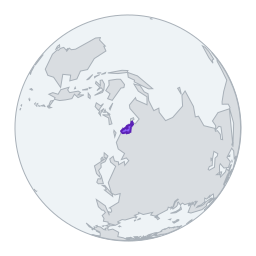 the Earth from above Guangdong, rotated 165°
{"feature_id": "CHN-1180", "entity_name": "Guangdong", "entity_type": "Province", "adm_level": 1, "iso_a3": "CHN", "parent_name": "China", "parent_adm1": "", "projection": "orthographic", "projection_center": [112.97, 22.878], "detail": "fine", "context": "on_globe", "style": "filled", "palette": "violet", "viewbox_px": 256, "rotation_deg": 165, "n_neighbors": 0, "source": "natural_earth", "source_scale": "10m", "svg_char_len": 14966}
<svg xmlns="http://www.w3.org/2000/svg" viewBox="0 0 256 256"><g transform="rotate(165 128 128)"><circle cx="128" cy="128" r="113" fill="#eef3f6" stroke="#a8b0b8"/><path d="M227.7,173.1L227.5,173.8L227.4,174.0L227.7,173.1ZM189.4,33.6L189.9,33.9L182.8,30.9L182.0,33.7L185.5,36.8L181.8,34.6L191.0,42.6L193.0,47.1L188.4,40.7L186.2,39.1L186.3,41.3L184.1,40.2L182.9,40.8L180.1,39.4L177.7,36.2L175.9,35.3L176.1,37.0L173.5,36.9L173.5,34.5L168.9,34.3L164.0,29.6L166.0,25.7L160.9,23.1L156.9,19.7L155.0,19.3L152.2,18.3L149.0,17.6L146.4,17.2L146.9,17.4L145.8,17.5L143.9,17.2L143.8,16.9L144.7,16.9L143.7,16.7L144.5,16.7L143.1,16.6L143.2,16.4L140.3,16.3L138.0,15.9L138.9,15.9L142.4,16.3L143.9,16.5L151.9,17.9L159.9,20.0L167.6,22.6L175.2,25.7L182.4,29.4L189.4,33.6ZM234.5,93.4L233.6,91.2L234.1,91.7L234.5,93.4ZM233.1,90.5L233.5,91.1L233.2,90.7L233.1,90.5ZM233.0,90.6L233.1,90.9L233.0,90.6ZM232.9,91.1L232.9,90.7L233.0,90.8L232.9,91.1ZM232.4,91.0L232.2,90.4L232.4,91.0ZM190.9,34.6L190.5,34.3L189.7,33.8L190.9,34.6ZM188.8,33.8L187.7,33.0L190.2,34.3L188.8,33.8ZM188.5,39.5L188.2,38.4L189.3,39.9L188.5,39.5ZM183.2,41.1L184.0,41.9L183.0,41.9L183.2,41.1ZM178.0,39.9L176.1,39.8L177.6,39.3L178.0,39.9ZM174.8,39.4L170.4,39.7L171.9,41.2L165.2,37.3L171.2,38.2L172.7,37.2L173.1,38.5L174.8,39.4ZM147.8,17.7L147.2,17.3L149.4,17.9L147.8,17.7ZM149.5,18.1L157.8,20.3L157.7,20.9L154.9,19.9L156.2,21.1L152.1,20.2L150.5,19.4L151.3,19.1L149.1,19.0L149.5,18.1ZM162.3,35.2L160.8,34.9L161.9,34.7L162.3,35.2ZM145.6,17.5L147.2,17.8L147.3,18.3L143.9,17.8L145.0,17.8L145.6,17.5ZM158.6,21.9L158.0,22.3L154.5,21.7L153.8,21.8L152.0,20.3L158.6,21.9ZM144.0,17.6L142.2,17.6L140.5,17.1L143.9,17.3L144.0,17.6ZM148.7,18.7L148.6,19.0L147.6,18.6L148.7,18.7ZM133.3,16.1L135.3,16.2L135.5,16.5L133.3,16.1ZM141.6,17.6L142.2,17.7L142.6,17.9L141.0,17.9L141.6,17.6ZM149.7,20.0L148.3,19.7L150.2,20.6L147.7,20.3L146.9,19.4L146.2,19.7L145.4,19.6L145.6,19.0L149.7,20.0ZM140.4,18.4L138.6,17.4L134.8,16.9L134.5,16.7L140.6,17.5L140.4,18.4ZM143.5,18.7L141.5,18.4L142.2,18.1L143.9,18.2L143.5,18.7ZM146.2,20.5L150.3,21.1L150.4,21.4L146.2,20.5ZM139.2,18.3L139.7,18.5L138.8,18.2L139.2,18.3ZM143.9,19.8L145.4,20.0L143.9,19.8ZM139.4,19.0L138.8,18.6L140.0,18.6L139.4,19.0ZM141.4,19.4L141.0,19.7L140.7,18.8L142.0,19.4L141.4,19.4ZM143.7,20.0L144.1,20.2L143.1,19.9L143.7,20.0ZM135.3,19.4L134.7,18.3L137.3,18.2L137.5,19.2L135.3,19.4ZM42.1,55.1L40.9,56.9L39.8,58.5L36.6,62.3L30.9,73.1L33.4,70.8L31.8,78.6L33.1,81.6L40.0,74.1L37.9,68.9L41.2,63.9L45.7,64.5L48.1,69.6L49.4,67.9L51.0,61.6L54.6,60.0L51.8,59.3L50.7,61.6L48.9,61.4L49.9,59.3L51.1,58.7L51.3,56.7L45.3,60.4L43.5,63.2L42.0,60.7L38.8,65.2L37.4,66.1L42.2,58.9L44.1,57.0L50.5,48.5L48.4,50.1L42.2,58.4L42.8,57.1L39.9,60.0L42.5,56.8L49.9,47.8L50.6,46.3L49.1,47.6L54.6,42.6L56.6,40.9L62.1,36.7L60.3,38.1L62.0,36.9L60.9,38.0L63.8,36.8L63.3,37.9L68.8,34.9L69.3,35.2L65.9,36.8L63.3,38.7L62.6,42.1L63.7,42.0L67.4,40.0L66.7,41.4L70.3,39.0L72.1,40.4L72.9,36.9L77.2,34.9L80.6,34.6L82.2,33.5L76.6,33.9L74.3,34.8L72.0,36.5L65.7,38.8L65.0,38.3L72.2,33.8L72.0,32.6L77.7,30.0L89.2,29.6L91.8,31.0L87.0,37.4L83.8,37.9L84.0,35.8L79.8,39.5L82.1,38.4L81.6,39.7L85.5,38.6L85.3,39.5L89.4,37.0L89.7,38.0L87.1,39.6L93.1,39.3L94.7,41.3L96.2,40.9L97.2,39.8L98.6,43.4L99.6,42.9L99.5,41.5L101.5,39.7L105.6,38.1L105.8,39.4L104.4,40.2L101.7,44.0L97.9,46.1L98.4,46.5L101.8,45.0L105.0,40.3L107.4,39.0L106.3,41.1L106.9,40.2L108.1,40.0L109.6,41.1L111.0,38.8L124.4,35.8L128.6,38.1L126.1,40.1L135.7,40.5L139.7,43.7L139.6,42.3L144.2,42.0L143.0,40.9L143.3,40.3L154.6,39.9L157.4,41.1L162.2,40.1L162.2,39.5L160.3,38.4L165.2,37.3L171.9,41.2L171.6,42.3L175.9,44.3L174.6,46.8L175.6,50.1L171.7,52.2L172.8,54.9L174.4,55.4L177.0,59.6L177.1,67.2L170.1,58.8L168.6,48.5L168.6,52.3L166.5,50.9L165.2,52.0L165.4,54.9L166.7,55.6L156.3,58.7L152.5,66.7L157.9,66.7L160.8,69.5L161.2,80.3L149.8,94.2L153.6,99.5L153.6,102.8L149.7,104.5L149.6,99.7L146.0,97.7L146.6,94.9L140.3,96.6L140.8,92.7L135.7,96.2L137.3,99.5L142.6,99.2L137.9,104.3L142.9,110.3L143.0,117.1L133.3,128.1L124.0,130.9L123.3,132.9L119.9,130.2L114.9,133.8L121.1,146.4L120.7,149.8L112.9,155.4L112.8,152.9L103.6,145.5L101.6,153.3L108.5,160.9L110.9,168.9L105.4,165.9L103.0,158.7L99.8,155.9L100.9,149.0L98.6,138.1L93.1,139.2L93.8,135.0L89.8,125.4L82.1,126.6L69.6,135.0L67.5,145.4L63.3,149.0L59.2,131.9L60.1,121.3L56.9,121.2L54.1,110.6L44.3,105.2L44.4,102.2L42.3,102.3L40.5,98.0L41.3,93.2L39.6,92.2L37.9,105.0L39.9,106.2L43.8,103.5L42.7,107.6L44.6,112.9L37.1,119.6L25.1,120.3L26.5,112.2L30.7,87.0L32.0,85.0L32.1,84.8L32.3,84.3L30.0,87.2L31.6,82.6L26.6,98.9L24.7,105.3L24.8,120.6L24.2,121.4L25.0,125.1L30.9,126.6L30.3,129.1L26.0,138.7L20.2,148.7L22.5,160.3L24.6,169.2L24.3,171.6L27.6,179.1L27.7,179.3L24.2,171.8L21.3,164.1L18.9,156.1L17.2,148.0L16.0,139.8L15.4,131.6L15.5,123.3L16.1,115.0L17.4,106.8L19.2,98.8L21.7,90.9L24.7,83.1L28.3,75.7L32.4,68.5L37.0,61.6L42.1,55.1ZM47.9,80.0L51.1,83.2L54.2,76.6L55.7,77.4L56.2,75.0L54.4,76.1L56.4,70.0L59.4,69.7L61.3,67.3L60.4,66.2L54.6,67.7L51.7,76.3L49.0,77.8L47.9,80.0ZM70.0,31.5L72.1,30.2L72.5,30.1L70.7,31.3L68.9,32.2L69.5,31.7L70.0,31.5ZM68.4,32.8L75.4,28.9L75.3,29.4L74.2,29.7L73.4,30.4L71.4,31.2L64.5,35.8L62.5,37.0L64.7,34.8L65.1,34.7L66.9,33.5L68.4,32.8ZM93.4,21.1L96.5,20.2L92.3,22.2L90.0,22.9L90.4,22.1L93.5,21.0L93.4,21.1ZM134.2,15.5L135.6,15.6L134.4,15.6L134.2,15.5ZM132.5,15.4L132.3,15.4L132.6,15.5L135.9,15.8L141.9,16.6L141.5,16.9L139.6,16.9L138.1,16.8L138.9,16.6L136.3,16.5L136.2,16.2L134.3,16.1L128.0,15.4L129.3,15.4L124.5,15.4L132.5,15.4ZM117.5,15.9L118.1,15.8L117.2,16.1L119.6,15.8L119.9,15.9L117.9,16.1L121.1,16.0L120.8,16.2L123.9,16.7L128.7,16.7L129.9,17.1L127.9,17.2L130.5,17.5L127.5,17.9L128.3,18.2L126.2,19.2L121.7,19.5L123.0,19.8L121.4,20.7L117.7,21.2L119.2,20.3L114.1,21.6L113.9,20.6L113.4,20.9L111.8,20.4L109.0,20.4L109.5,19.9L108.1,20.1L107.1,19.9L105.5,20.1L105.7,19.5L103.7,19.7L105.0,19.3L101.5,19.9L104.2,19.2L103.2,19.1L101.1,19.8L106.6,17.4L117.5,15.9ZM134.6,19.6L129.3,19.8L126.7,19.5L131.6,18.0L131.3,17.7L134.3,17.1L138.1,17.6L136.9,17.7L136.5,18.0L135.5,17.7L136.1,18.1L134.5,18.3L134.5,18.7L132.8,18.6L134.6,19.6ZM40.8,57.7L40.4,58.5L40.3,59.3L38.4,61.3L40.8,57.7ZM45.8,51.5L45.7,51.8L43.0,54.6L43.5,53.9L45.8,51.5ZM47.9,49.7L45.9,51.6L47.3,50.1L47.9,49.7ZM66.1,37.0L66.3,37.4L65.4,37.9L64.2,38.4L66.1,37.0ZM102.4,25.9L103.7,25.2L104.3,25.2L108.2,24.2L108.6,25.0L106.4,25.9L102.4,25.9ZM38.4,74.6L36.7,75.4L37.1,74.1L37.6,74.1L38.4,74.6ZM36.5,67.9L35.9,70.5L36.1,68.4L36.5,67.9ZM103.5,26.6L105.1,26.1L104.3,26.8L103.5,26.6ZM109.1,25.6L108.6,26.4L109.1,25.0L109.1,25.6ZM76.2,226.7L78.6,228.0L77.3,227.5L76.2,226.7ZM31.6,174.8L34.8,188.0L32.7,186.1L30.1,181.0L27.4,172.4L29.0,171.9L29.2,168.6L31.6,174.8ZM139.6,188.2L143.1,188.7L142.9,189.1L139.6,188.2ZM136.0,186.5L139.9,186.7L135.3,187.4L136.0,186.5ZM141.5,186.9L145.5,186.0L147.2,185.3L146.9,186.3L141.5,186.9ZM133.3,186.4L118.9,185.3L113.2,183.5L114.5,181.9L123.7,183.2L133.3,186.4ZM114.0,181.8L105.4,175.9L94.0,159.6L98.1,160.5L110.1,171.0L109.3,172.5L114.6,177.0L114.0,181.8ZM135.1,174.4L134.2,178.9L126.2,178.0L122.6,177.0L120.1,170.9L121.5,168.1L124.5,168.4L136.1,158.8L140.1,161.6L136.5,165.7L139.8,169.9L135.1,174.4ZM67.8,146.6L69.8,153.5L67.6,153.9L67.8,146.6ZM141.0,151.7L136.2,156.1L140.6,150.2L141.0,151.7ZM143.6,146.1L143.9,148.4L142.0,146.1L143.6,146.1ZM123.1,136.2L120.0,136.5L120.0,134.8L124.0,133.5L123.1,136.2ZM143.1,122.8L142.8,127.8L142.1,129.4L140.8,126.4L143.1,122.8ZM109.1,34.6L103.2,35.0L99.2,36.2L97.4,38.2L97.4,35.7L103.6,33.8L109.1,34.6ZM122.5,35.4L124.1,34.0L125.1,34.7L124.9,35.2L122.5,35.4ZM122.2,34.5L121.0,32.5L123.0,31.8L123.6,33.4L122.2,34.5ZM112.0,29.0L110.2,29.0L110.9,28.3L112.0,29.0ZM201.0,213.0L201.7,212.8L198.4,215.6L194.2,218.8L190.8,220.9L201.0,213.0ZM172.6,226.1L173.0,223.9L177.2,222.9L175.0,225.2L172.6,226.1ZM203.9,210.5L206.8,207.5L208.5,204.7L207.5,206.9L209.1,205.8L202.5,212.2L203.9,210.5ZM158.2,217.7L136.1,223.3L131.3,222.5L132.7,220.3L128.7,213.0L130.2,213.2L129.4,208.1L142.6,203.8L152.0,194.9L159.2,195.3L164.7,188.6L172.0,188.6L169.7,193.9L177.1,196.7L182.6,184.6L186.7,196.3L191.8,199.6L192.7,206.2L181.9,218.8L176.1,221.8L175.2,221.0L172.7,222.4L169.2,222.5L167.6,219.3L165.2,220.6L167.7,217.7L164.1,220.4L162.5,218.3L158.2,217.7ZM210.3,189.5L211.2,189.5L212.6,190.9L211.0,191.1L210.3,189.5ZM225.2,176.9L225.5,177.5L224.5,178.3L225.2,176.9ZM227.4,174.0L226.3,175.0L227.7,173.1L227.4,174.0ZM215.9,181.0L216.3,181.6L215.9,182.0L215.9,181.0ZM215.5,180.9L216.2,179.5L216.0,180.7L215.5,180.9ZM211.2,175.9L211.8,175.0L212.0,175.5L211.2,175.9ZM148.2,188.8L153.0,185.4L155.6,185.1L148.2,188.8ZM210.3,174.7L208.8,175.0L209.0,174.3L210.3,174.7ZM210.5,173.1L210.3,172.2L211.2,174.2L210.5,173.1ZM207.5,171.7L209.4,173.0L207.3,172.0L207.5,171.7ZM206.4,172.2L205.0,171.8L205.1,171.4L206.4,172.2ZM190.6,176.2L195.7,181.1L191.5,181.6L186.8,178.7L183.0,182.4L174.5,182.6L176.4,180.4L175.3,177.3L166.5,176.5L164.7,174.5L167.8,172.9L162.0,171.4L168.4,170.3L171.0,174.5L174.6,170.9L180.9,171.3L186.9,172.2L191.7,174.8L190.6,176.2ZM168.4,179.7L169.5,179.7L168.5,181.0L168.4,179.7ZM202.4,169.9L204.4,171.6L204.1,172.2L203.2,172.0L202.4,169.9ZM192.8,173.9L198.0,169.7L199.2,169.6L195.8,174.1L192.8,173.9ZM196.8,167.6L199.2,167.7L200.4,169.5L199.9,170.1L196.8,167.6ZM155.3,176.1L155.0,177.3L153.3,176.4L155.3,176.1ZM157.4,175.4L162.5,176.6L157.0,176.4L157.4,175.4ZM142.1,171.0L143.6,173.9L148.3,172.2L144.7,174.7L147.9,179.4L146.8,181.2L143.7,176.1L142.6,181.2L140.5,181.1L139.4,176.6L141.4,171.2L143.5,169.0L151.9,168.2L142.1,171.0ZM157.4,171.9L156.1,168.6L157.1,166.3L158.5,168.1L157.4,171.9ZM152.1,160.5L148.6,156.5L145.4,157.9L151.9,152.6L154.2,157.2L152.1,160.5ZM149.2,151.8L146.2,153.1L149.3,149.9L149.2,151.8ZM145.4,151.7L145.1,148.9L147.4,149.4L145.4,151.7ZM150.7,151.9L151.3,147.2L152.5,150.0L150.7,151.9ZM144.1,142.7L149.2,147.4L142.6,145.3L142.4,136.2L145.2,136.1L144.1,142.7ZM160.5,106.5L159.8,104.0L162.4,103.4L162.1,105.3L160.5,106.5ZM170.2,100.1L162.9,102.5L156.9,104.7L158.8,105.9L157.4,110.2L154.6,106.1L158.9,101.4L163.4,100.6L164.1,97.0L167.4,94.6L166.7,90.2L168.2,88.3L170.2,92.1L170.2,100.1ZM166.2,88.3L166.2,80.7L171.1,81.8L172.2,83.7L170.1,86.7L167.7,85.9L166.2,88.3ZM167.7,79.3L165.3,78.6L160.3,67.7L160.5,65.8L166.8,74.2L164.9,74.0L165.3,76.6L167.7,79.3ZM161.3,35.6L160.9,35.0L162.1,35.6L161.3,35.6ZM142.6,39.7L143.2,39.0L144.6,39.5L142.6,39.7ZM145.7,37.2L143.8,37.1L145.8,36.6L145.7,37.2ZM139.4,37.0L142.9,36.7L139.7,37.8L139.4,37.0Z" fill="#d9dde1" stroke="#a8b0b8" stroke-width="1"/><path d="M130.6,128.5L130.0,128.7L129.8,128.7L129.7,128.8L129.6,128.7L129.4,128.2L129.2,128.2L129.2,127.9L129.1,128.0L129.2,127.7L129.1,127.9L129.2,127.7L129.1,127.9L129.1,127.7L129.0,127.8L129.0,127.6L129.3,127.5L129.5,127.5L129.3,127.4L129.0,127.6L128.8,127.6L129.0,127.7L128.9,127.9L128.4,127.9L128.7,128.0L129.0,128.2L128.9,128.3L128.7,128.2L129.1,128.6L129.0,128.9L129.1,129.0L129.1,129.3L128.9,129.4L128.6,129.0L128.4,128.6L128.3,128.8L128.8,129.4L128.6,129.4L128.5,129.5L128.3,129.7L128.3,129.3L128.2,129.3L128.2,129.5L128.1,129.8L127.9,130.0L127.7,129.8L127.4,130.0L127.2,130.2L127.0,129.9L126.9,129.8L127.0,129.6L126.9,129.8L127.0,130.1L126.9,130.2L126.8,130.3L126.6,130.2L126.3,130.1L126.2,130.1L126.3,129.9L126.2,130.1L126.0,129.9L126.1,130.1L126.0,130.4L125.9,130.4L126.0,130.3L125.9,130.3L125.9,130.2L125.6,130.1L125.8,130.3L125.8,130.5L125.7,130.5L125.3,130.7L125.2,130.5L124.9,130.8L124.9,130.7L124.7,130.7L124.8,130.7L124.6,130.7L124.4,130.6L124.4,130.8L124.5,130.7L124.4,130.8L124.2,130.9L123.8,131.1L123.7,131.0L123.7,130.9L123.9,130.8L124.0,130.8L123.7,130.9L123.7,131.2L123.4,131.2L123.3,131.3L123.3,131.1L123.5,131.1L123.4,131.0L123.5,131.0L123.4,131.0L123.4,130.9L123.2,130.8L123.3,130.8L123.2,130.8L123.3,131.0L123.2,131.0L123.3,131.2L123.3,131.3L123.0,131.6L122.9,131.5L122.8,131.9L123.2,131.9L123.3,132.1L123.2,132.2L123.1,132.3L123.3,132.5L123.5,132.7L123.3,133.0L123.0,133.1L122.8,133.1L122.6,133.0L122.4,133.1L122.3,132.8L122.5,132.9L122.5,132.7L122.4,132.7L122.2,132.6L122.3,132.4L122.2,132.5L122.2,132.4L122.3,132.2L122.1,132.2L122.1,131.9L122.1,132.0L122.0,131.9L122.0,132.0L121.9,131.8L122.0,131.6L122.0,131.4L122.1,131.2L122.1,130.9L122.2,131.0L122.4,130.9L122.5,130.7L122.4,130.7L122.5,130.7L122.3,130.6L122.2,130.7L122.1,130.4L122.4,130.3L122.5,129.9L122.8,129.9L123.3,129.9L123.2,129.3L123.3,129.3L123.5,129.4L123.8,129.2L124.0,129.1L123.9,129.0L123.8,128.8L123.9,128.7L124.0,128.6L124.3,128.5L124.3,128.4L124.5,128.4L124.8,128.2L125.1,127.9L125.2,127.6L125.1,127.1L125.3,126.6L125.6,126.4L125.6,126.1L125.9,126.1L125.9,125.9L126.1,125.8L126.0,125.3L126.4,125.1L126.2,124.9L126.3,124.7L126.1,124.6L126.1,124.4L126.4,124.2L126.5,124.2L126.5,123.9L126.6,123.4L127.4,123.6L127.5,123.8L127.8,123.9L128.0,123.9L128.0,123.5L128.1,123.4L127.9,123.4L127.8,123.2L128.4,122.8L128.6,122.8L128.7,123.0L128.8,123.1L129.0,123.1L129.3,123.1L129.6,123.0L129.9,123.0L129.9,123.3L130.1,123.2L130.3,123.2L130.6,123.1L130.8,123.0L131.1,123.3L131.0,123.5L130.6,123.9L130.4,124.3L130.1,124.5L130.5,124.7L130.6,124.8L131.0,124.6L131.4,124.6L131.5,124.5L131.7,124.4L131.9,124.4L132.1,124.3L132.4,124.2L132.9,124.7L133.0,124.6L133.0,124.1L133.2,123.9L133.5,124.0L133.8,124.1L134.1,124.1L134.3,124.5L134.6,124.4L134.8,124.4L134.8,124.7L135.0,124.9L135.2,125.3L135.1,125.5L135.3,126.2L135.6,126.4L135.4,126.6L135.4,126.4L135.2,126.5L135.1,126.4L135.0,126.5L135.0,126.8L134.9,127.0L134.7,127.0L134.4,126.9L134.5,127.0L134.8,127.0L134.9,127.3L134.7,127.1L134.8,127.2L134.6,127.4L134.6,127.2L134.4,127.2L134.4,127.3L134.6,127.3L134.4,127.5L134.5,127.6L134.4,127.8L134.2,127.8L134.0,127.7L133.9,127.7L134.0,127.8L133.7,128.0L133.7,127.9L133.6,128.0L133.1,128.2L132.9,128.0L133.0,127.8L132.7,128.0L132.7,127.9L132.4,127.9L132.5,127.9L132.5,128.0L132.8,128.0L132.6,128.2L132.7,128.3L132.7,128.2L132.7,128.4L132.4,128.3L132.4,128.2L132.1,128.1L132.3,128.0L132.2,127.9L132.1,128.1L131.8,128.1L131.7,128.3L131.6,128.2L131.4,128.2L131.6,128.4L131.5,128.6L131.4,128.5L131.2,128.5L131.2,128.3L131.4,128.2L130.8,128.3L130.8,128.6L131.0,128.7L130.8,128.8L130.6,128.5ZM123.6,131.6L123.5,131.8L123.4,131.6L123.0,131.7L123.3,131.5L123.5,131.5L123.6,131.6ZM127.6,130.2L127.8,130.2L127.7,130.3L127.7,130.5L127.6,130.3L127.6,130.2ZM128.9,128.0L129.1,128.2L128.8,128.0L128.9,128.0ZM125.9,130.4L126.2,130.4L126.2,130.5L125.9,130.6L125.9,130.4ZM123.7,131.3L123.3,131.3L123.6,131.3L123.7,131.3ZM129.0,128.3L129.2,128.5L128.9,128.3L129.0,128.3ZM135.2,126.8L135.5,126.7L135.5,126.9L135.2,126.8ZM127.4,130.3L127.2,130.5L127.2,130.4L127.4,130.3ZM128.8,129.6L128.6,129.7L128.8,129.5L128.8,129.6ZM128.7,129.4L128.6,129.6L128.7,129.4ZM123.6,131.7L123.7,131.8L123.6,131.7ZM128.9,129.5L129.0,129.5L128.9,129.6L128.9,129.5ZM128.6,129.9L128.5,130.0L128.5,129.9L128.6,129.9ZM123.4,132.3L123.4,132.5L123.3,132.3L123.4,132.3ZM129.0,127.8L129.0,128.0L129.0,127.9L129.0,127.8ZM129.2,128.9L129.3,128.9L129.2,129.0L129.2,128.9L129.2,128.9ZM129.5,129.7L129.4,129.8L129.4,129.7L129.5,129.7Z" fill="#8b5cf6" stroke="#5b21b6" stroke-width="1.5"/></g></svg>